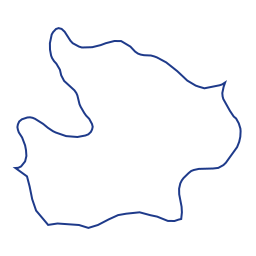 the district of Sinphyong, Hwanghae-bukto, North Korea
{"feature_id": "82179303B74961933380219", "entity_name": "Sinphyong", "entity_type": "district", "adm_level": 2, "iso_a3": "PRK", "parent_name": "North Korea", "parent_adm1": "Hwanghae-bukto", "projection": "mercator", "projection_center": [126.713, 38.983], "detail": "fine", "context": "isolated", "style": "outline", "palette": "blue", "viewbox_px": 256, "rotation_deg": 0, "n_neighbors": 0, "source": "geoboundaries", "source_scale": "gbopen_adm2", "svg_char_len": 1568}
<svg xmlns="http://www.w3.org/2000/svg" viewBox="0 0 256 256"><path d="M15.4,168.0L27.0,176.4L29.6,186.4L32.2,199.2L36.1,210.6L46.8,223.3L48.1,224.9L57.5,223.5L79.0,225.0L88.4,227.9L97.9,225.0L108.7,219.4L118.1,215.1L126.2,213.7L139.6,212.3L150.4,215.2L157.1,216.6L167.8,220.9L174.5,221.0L178.6,219.6L181.2,219.0L181.9,212.4L181.6,206.8L179.2,194.3L179.1,188.7L180.3,183.4L181.8,180.4L183.5,178.1L188.6,173.1L191.2,171.0L193.8,170.0L198.8,168.9L213.1,168.5L218.3,167.9L223.4,165.1L225.9,162.7L228.9,158.5L237.1,147.1L239.2,141.8L240.3,136.8L240.6,131.2L240.4,128.6L238.8,123.4L236.1,118.5L233.7,116.5L229.9,110.8L223.3,99.0L222.6,96.4L222.3,93.1L223.6,86.9L225.1,82.5L222.2,84.4L219.5,85.3L204.4,88.3L198.6,86.6L195.7,85.6L187.3,80.6L177.2,71.1L166.2,62.4L156.9,57.4L154.2,56.4L150.9,55.5L144.0,55.2L140.7,54.6L138.0,53.6L135.1,51.6L130.4,46.6L121.2,41.1L114.4,41.0L105.8,43.2L100.7,45.1L92.2,47.2L81.9,47.5L79.0,46.6L72.7,43.2L70.4,40.7L64.7,31.8L61.6,28.9L59.2,28.3L58.7,28.1L56.0,29.0L53.1,32.1L51.7,34.5L49.9,43.2L50.0,49.6L51.1,55.6L52.1,58.1L54.0,61.1L56.3,63.6L59.9,69.7L61.2,75.3L64.1,80.9L74.4,90.3L76.3,93.0L77.4,95.5L79.5,104.2L80.6,106.7L84.2,112.9L86.1,115.6L89.2,118.8L92.0,124.0L92.7,126.8L92.1,129.4L90.9,131.9L88.4,134.3L85.4,135.5L77.4,137.0L66.1,136.1L55.7,132.5L53.0,131.2L47.9,127.8L43.0,123.8L35.0,118.8L32.6,117.8L30.0,117.3L27.3,117.5L21.9,119.3L19.2,121.5L17.9,124.4L17.4,127.1L17.9,129.7L18.8,132.4L22.1,137.5L25.1,145.4L26.0,150.2L26.4,156.0L25.1,161.4L21.1,166.4L18.3,167.8L15.4,168.0Z" fill="none" stroke="#1e3a8a" stroke-width="2"/></svg>